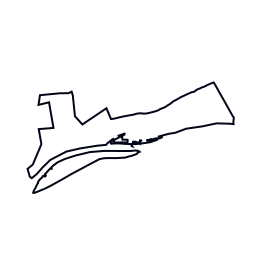 Giza, Al Jizah, Egypt, rotated 80°
{"feature_id": "37247803B55829024150134", "entity_name": "Giza", "entity_type": "district", "adm_level": 2, "iso_a3": "EGY", "parent_name": "Egypt", "parent_adm1": "Al Jizah", "projection": "equal_earth", "projection_center": [31.222, 29.999], "detail": "fine", "context": "isolated", "style": "outline", "palette": "ink", "viewbox_px": 256, "rotation_deg": 80, "n_neighbors": 0, "source": "geoboundaries", "source_scale": "gbopen_adm2", "svg_char_len": 5273}
<svg xmlns="http://www.w3.org/2000/svg" viewBox="0 0 256 256"><g transform="rotate(80 128 128)"><path d="M107.6,72.8L108.6,75.5L109.5,78.5L111.6,82.4L112.7,85.3L113.8,87.6L114.3,89.9L114.9,92.8L115.9,95.4L116.1,96.7L116.4,98.9L116.8,104.0L116.9,107.9L116.5,110.5L115.8,112.5L115.6,113.9L115.5,115.1L115.4,117.2L115.8,120.1L115.8,124.8L115.8,130.1L116.1,136.0L116.4,140.2L116.2,143.2L104.8,145.8L116.6,172.3L107.2,178.2L86.4,176.7L82.4,177.2L83.4,180.4L82.0,188.9L80.4,209.0L89.7,212.1L89.0,201.3L115.0,201.4L113.6,216.1L128.9,216.1L147.5,228.1L150.8,234.0L158.8,233.2L160.7,231.5L157.5,225.8L152.1,219.1L146.1,210.3L144.2,204.6L140.5,192.7L139.8,178.6L140.1,161.4L140.8,152.5L139.5,151.0L136.7,145.8L135.8,143.5L136.2,144.0L136.8,144.7L137.6,145.6L138.2,146.1L139.5,147.1L140.0,147.5L140.3,147.5L140.5,147.4L140.6,147.2L140.6,146.8L140.9,144.1L141.3,141.4L141.6,139.7L142.2,137.1L142.2,136.7L142.1,136.4L141.9,136.3L141.7,136.2L141.2,136.2L141.1,136.3L140.8,138.8L140.3,142.2L140.0,143.5L139.8,143.8L139.5,144.1L139.2,144.2L138.6,144.2L138.0,143.9L137.4,143.4L137.1,142.8L136.7,141.7L135.8,138.7L135.3,136.7L135.1,136.3L135.0,136.1L134.7,136.1L134.2,136.2L133.9,136.4L133.8,136.5L133.8,137.1L133.8,137.5L133.9,137.9L134.2,138.8L134.3,139.5L133.9,138.6L132.8,131.5L133.1,132.1L133.3,132.5L133.3,133.2L133.4,133.6L133.4,134.0L133.5,134.2L133.7,133.5L133.7,133.4L133.9,133.3L134.1,133.3L134.3,133.4L134.3,133.5L134.5,133.9L134.5,134.1L134.5,134.3L134.4,134.6L134.2,134.8L133.8,135.0L133.8,135.4L133.8,135.5L134.0,135.7L135.2,135.4L135.9,135.4L137.1,135.5L138.2,135.6L138.4,135.6L138.5,135.5L138.6,134.9L139.4,131.0L139.5,130.7L139.7,130.4L143.4,131.4L143.5,131.4L143.7,130.5L143.9,130.2L144.2,128.3L144.4,127.5L145.0,127.3L145.4,127.3L145.5,127.3L145.7,127.5L145.8,127.6L146.0,127.7L146.5,127.5L146.6,127.4L146.7,127.2L146.2,127.5L145.9,127.4L145.6,127.3L145.6,127.2L144.9,126.8L144.5,126.6L144.5,126.4L144.7,126.1L144.9,125.1L145.1,123.8L145.3,122.1L145.5,119.4L145.4,119.5L145.2,119.9L145.1,120.0L144.9,120.1L144.6,120.3L144.4,120.5L144.3,120.9L144.2,121.5L144.2,122.6L144.1,122.8L144.0,123.1L143.9,123.4L143.8,125.0L143.8,125.8L143.7,125.9L142.6,125.5L142.4,125.4L142.4,125.2L142.5,125.2L142.8,125.1L143.0,124.8L143.0,124.4L143.0,124.2L143.0,123.9L142.9,123.6L142.7,123.4L142.7,123.2L142.9,122.9L143.2,122.5L143.3,122.3L143.6,122.1L143.7,121.9L143.8,121.6L143.8,121.1L143.9,120.8L144.1,120.4L144.2,120.1L144.4,120.0L144.6,120.0L144.8,119.8L145.1,119.4L145.5,119.0L144.3,118.8L143.4,118.6L142.4,118.5L142.2,118.4L142.2,118.2L142.5,117.8L142.5,117.6L142.5,117.4L142.5,117.2L142.8,117.1L142.9,117.3L142.9,117.5L142.7,117.9L142.8,118.2L142.9,118.3L143.9,118.4L145.0,118.7L145.5,118.8L145.5,118.5L145.6,116.9L145.8,111.8L145.8,110.2L145.8,108.8L145.7,107.7L145.2,104.7L145.0,103.0L144.7,101.6L144.4,101.8L144.3,102.1L144.3,103.1L144.2,104.3L144.4,106.5L144.3,107.0L144.2,107.7L144.0,108.6L144.0,109.0L144.0,110.7L144.0,111.1L143.9,111.2L143.8,111.3L143.7,111.3L143.4,111.4L143.2,111.3L143.2,110.9L143.5,109.4L143.4,109.2L143.2,108.9L143.2,108.3L143.2,108.1L142.9,107.6L142.9,107.2L143.0,107.0L143.1,106.8L143.3,106.8L143.6,106.6L143.7,106.4L143.5,105.5L143.3,104.7L143.1,103.7L143.1,103.1L143.1,102.6L143.1,101.8L143.1,101.6L143.4,101.4L143.5,101.2L143.7,99.0L143.7,98.7L143.6,98.3L143.6,97.8L143.5,97.5L143.4,97.2L143.3,96.9L143.0,96.3L142.9,96.3L142.9,96.2L142.7,96.2L142.5,96.3L142.4,96.6L142.2,97.5L141.9,99.1L141.8,100.1L140.8,89.1L140.9,82.2L138.8,70.9L139.3,54.3L138.8,40.1L141.4,27.2L142.5,23.4L140.3,23.2L136.5,22.0L135.2,22.4L133.1,23.3L131.0,24.0L117.0,28.9L109.8,31.5L101.3,34.4L98.0,35.7L98.3,37.1L98.5,38.3L98.7,39.2L99.1,40.6L99.4,42.4L100.1,44.1L100.3,45.0L100.7,46.7L100.8,48.1L101.3,49.5L101.6,50.7L101.8,51.8L102.0,52.9L102.4,53.7L102.8,54.7L103.3,55.6L103.8,56.8L103.8,59.1L104.5,61.5L104.9,63.6L105.8,66.7L106.6,70.0L107.6,72.8ZM151.4,124.7L151.1,129.6L146.4,155.6L145.1,169.8L146.0,184.4L147.5,195.3L149.5,203.1L150.2,204.6L151.1,206.2L151.4,207.1L151.9,207.8L152.6,209.0L152.9,209.5L153.3,209.9L153.8,210.5L154.0,210.6L154.6,210.2L154.8,210.2L155.0,210.3L155.0,210.6L154.9,210.8L154.6,211.1L154.5,211.5L154.4,211.7L159.2,217.9L160.1,217.3L160.4,217.2L160.6,217.2L160.9,217.4L161.1,217.6L161.3,217.9L161.4,218.1L161.4,218.3L161.3,218.5L160.8,219.1L160.6,219.5L160.5,219.8L160.6,220.1L160.7,220.3L160.9,220.5L161.8,221.3L162.1,221.6L162.3,222.0L162.8,223.0L163.2,223.5L163.7,224.2L164.3,224.7L165.0,225.5L165.8,226.1L166.1,226.2L166.3,226.1L166.8,226.2L167.0,226.4L167.1,226.5L167.4,226.9L167.6,227.2L168.1,227.6L168.9,228.1L169.5,228.5L170.1,228.9L172.9,231.2L173.5,231.7L173.9,231.9L175.2,232.6L175.4,232.6L175.5,232.6L175.6,232.3L175.6,232.0L175.6,231.5L175.6,231.4L174.8,227.1L173.9,223.5L173.6,221.4L173.4,220.7L171.4,214.0L167.2,201.8L163.5,191.7L162.1,187.4L157.8,174.3L153.7,161.5L153.6,156.9L154.0,153.9L154.8,149.2L155.6,145.0L155.7,143.9L155.9,142.3L156.4,138.1L156.7,136.3L156.1,131.5L156.2,131.2L156.0,129.0L155.8,128.2L155.6,126.6L155.3,125.0L155.1,124.2L155.0,123.9L154.9,123.7L154.7,123.4L154.5,123.2L154.1,122.9L154.0,122.7L153.5,120.7L152.3,121.9L151.4,124.7ZM143.4,131.7L142.2,131.5L141.2,135.8L141.3,135.9L142.3,136.1L142.5,136.0L142.6,135.8L143.5,131.8L143.4,131.7L143.4,131.7Z" fill="none" stroke="#020617" stroke-width="2"/></g></svg>